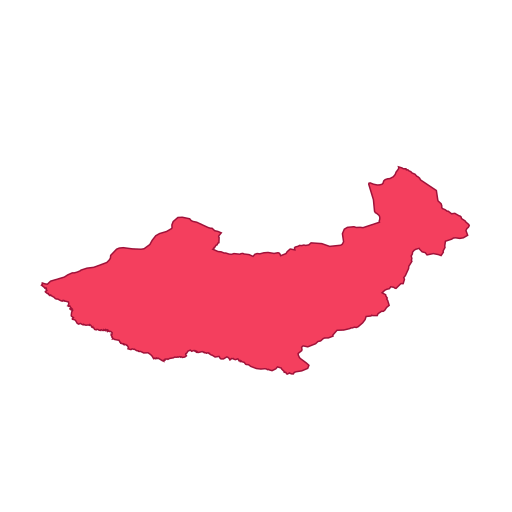 Sekyere East, Ashanti, Ghana (Equal Earth projection), rotated 108°
{"feature_id": "2480657B61321065662810", "entity_name": "Sekyere East", "entity_type": "district", "adm_level": 2, "iso_a3": "GHA", "parent_name": "Ghana", "parent_adm1": "Ashanti", "projection": "equal_earth", "projection_center": [-1.328, 6.78], "detail": "fine", "context": "isolated", "style": "filled", "palette": "rose", "viewbox_px": 512, "rotation_deg": 108, "n_neighbors": 0, "source": "geoboundaries", "source_scale": "gbopen_adm2", "svg_char_len": 6133}
<svg xmlns="http://www.w3.org/2000/svg" viewBox="0 0 512 512"><g transform="rotate(108 256 256)"><path d="M138.0,104.7L132.8,123.0L131.4,124.5L130.5,126.8L130.5,127.8L129.1,130.0L128.8,133.3L127.9,134.9L127.8,136.7L127.1,138.2L127.6,139.6L126.7,140.3L127.5,142.9L127.1,144.4L127.2,148.0L128.1,147.4L129.5,147.5L132.9,148.7L135.4,148.8L138.2,149.9L141.0,152.6L141.9,154.7L143.5,156.8L145.1,157.7L147.7,157.7L148.9,158.4L150.2,160.5L151.0,162.6L151.4,166.5L151.2,170.0L151.9,171.1L153.0,170.9L166.2,161.7L176.8,157.1L177.9,155.9L178.2,154.3L179.4,151.4L180.8,150.3L182.5,149.7L184.7,149.6L185.7,149.0L196.0,163.0L196.5,165.7L197.9,169.5L197.9,171.9L200.5,177.9L203.2,180.3L208.1,180.7L215.4,177.1L218.2,177.6L219.6,178.8L224.1,188.9L223.9,197.3L226.5,207.7L229.1,209.2L230.6,212.0L230.8,213.9L232.0,215.8L232.5,217.9L233.6,218.8L235.4,221.5L236.4,221.9L238.2,220.9L238.7,225.3L239.0,225.8L242.3,227.7L244.4,228.2L248.1,232.6L246.4,234.2L246.0,235.2L246.2,236.3L248.0,239.6L248.9,245.6L250.5,249.5L252.8,253.1L253.3,255.7L254.7,257.6L257.3,258.7L256.8,263.0L257.8,268.1L257.6,269.3L258.4,271.0L259.3,271.9L260.5,277.7L262.0,279.8L262.5,282.1L262.5,285.6L263.0,287.2L262.8,290.5L263.5,293.5L262.9,299.1L261.6,298.3L260.9,298.5L260.4,297.9L258.2,297.4L257.5,296.5L255.5,296.2L254.8,295.4L249.8,296.8L249.4,297.4L248.3,297.6L244.7,296.2L244.4,299.9L244.7,303.1L243.2,306.3L243.7,308.1L243.7,310.4L242.2,322.8L242.6,326.8L242.3,328.7L241.1,330.6L241.9,338.0L243.5,342.2L248.8,345.4L252.4,345.6L255.1,344.6L255.9,344.7L260.3,348.6L264.5,354.7L267.7,357.6L273.2,359.6L277.9,360.5L283.7,364.7L285.1,367.4L287.4,375.7L289.1,384.8L290.7,388.5L292.6,390.7L300.3,394.4L303.1,393.8L305.3,394.4L308.3,395.9L316.9,406.8L319.8,413.0L323.5,418.1L324.4,418.6L326.5,421.0L328.2,423.6L328.8,425.5L332.1,429.2L335.3,431.8L343.4,443.6L347.3,445.7L347.7,448.0L347.7,450.8L348.4,450.5L349.0,450.9L350.0,450.1L350.2,450.5L351.3,447.6L351.3,447.1L351.8,446.9L351.3,445.6L352.1,445.1L352.5,445.3L353.5,444.2L354.8,445.4L355.3,445.1L356.2,442.7L355.9,441.9L356.7,441.3L357.3,439.7L356.5,439.2L357.1,438.1L357.7,435.1L358.5,433.8L358.6,432.6L358.2,431.2L358.8,428.0L358.8,426.3L357.8,425.8L357.7,424.7L358.1,424.7L358.1,424.3L357.8,423.0L357.7,420.2L359.2,419.3L361.0,419.4L361.1,418.5L361.6,419.1L361.7,418.3L361.3,417.2L361.8,417.0L362.9,415.0L363.6,416.6L364.0,416.4L363.8,415.3L364.4,415.0L364.0,414.2L364.2,413.6L366.2,414.0L369.5,413.4L370.2,413.0L371.0,410.6L372.2,411.3L372.9,411.0L372.7,408.9L373.1,407.7L375.3,405.2L375.6,403.6L374.4,402.2L374.9,399.6L374.7,398.6L374.3,398.7L374.4,396.4L373.4,394.2L373.4,393.0L372.6,392.9L373.1,391.4L374.3,390.4L374.4,389.9L373.8,389.4L374.5,389.1L374.5,388.1L375.7,386.8L375.6,385.1L374.9,384.7L374.7,383.0L375.1,382.4L374.8,380.8L374.4,381.0L373.8,380.2L374.2,378.8L373.9,377.9L373.7,377.5L373.2,377.8L373.4,376.5L373.0,376.9L372.3,376.4L372.7,375.2L372.1,374.8L372.1,374.3L373.2,373.9L372.5,373.6L373.1,372.9L372.8,372.4L373.1,371.6L372.6,370.9L373.4,369.1L375.1,368.8L375.2,369.6L376.4,369.1L377.1,368.0L377.6,368.0L377.6,367.6L378.6,366.8L379.2,366.8L378.7,366.1L379.1,364.9L378.5,360.2L380.1,358.6L380.1,358.2L380.8,357.7L380.6,356.9L380.8,356.3L380.3,354.7L380.6,354.0L381.1,354.3L381.2,353.9L380.4,352.4L381.0,351.3L380.8,350.9L382.2,349.2L383.8,349.1L383.7,346.0L382.6,345.1L382.5,343.2L382.2,342.8L382.9,340.4L382.6,338.6L383.0,338.3L382.9,337.5L382.4,336.3L382.9,332.8L381.4,328.8L382.3,325.8L383.3,323.9L385.3,321.6L384.3,320.6L384.8,320.1L384.6,319.3L383.6,318.9L383.9,317.6L383.4,317.2L384.6,312.4L384.3,312.0L384.6,311.1L384.1,311.2L383.4,310.6L383.3,311.1L382.9,310.6L382.2,310.6L381.3,308.2L381.5,307.8L380.2,306.6L378.3,303.0L377.4,302.3L376.7,299.9L376.2,299.4L376.3,298.8L375.3,297.5L375.5,296.5L375.1,296.5L374.9,295.6L375.3,294.8L374.1,292.5L372.4,291.3L371.4,292.5L370.5,292.6L370.1,292.0L367.5,291.3L365.8,289.4L366.5,287.8L365.1,285.9L365.4,284.6L364.9,284.6L365.1,283.9L364.9,283.3L365.0,282.8L365.8,283.1L366.0,282.8L365.5,280.9L363.5,277.6L363.7,276.6L363.4,276.0L363.9,275.7L363.9,274.6L363.5,273.9L363.8,273.1L362.8,271.7L363.1,271.1L363.0,270.2L363.4,270.1L364.0,267.8L363.8,267.2L364.7,263.7L362.9,260.1L364.4,258.4L364.7,257.4L363.9,255.1L361.0,252.6L361.0,251.5L361.9,249.6L362.9,248.9L362.6,248.3L361.1,247.7L361.0,246.8L360.5,246.1L360.9,245.5L361.0,243.6L359.4,241.5L360.9,239.7L360.3,239.1L361.3,238.3L361.1,237.9L360.6,238.3L360.4,237.6L360.9,236.8L360.8,234.3L362.1,232.5L362.2,231.8L361.7,229.5L362.6,226.9L362.9,220.9L362.0,216.4L360.4,212.6L360.2,210.8L360.5,210.3L360.5,209.6L359.9,208.9L360.2,208.2L360.1,205.3L357.2,202.3L354.8,201.3L354.8,197.3L355.6,196.6L357.1,193.6L357.9,193.2L357.4,191.8L358.6,190.5L358.6,189.7L356.8,187.9L357.1,187.3L357.1,185.6L356.6,184.0L355.0,183.7L353.8,182.3L351.1,177.0L346.9,172.1L343.6,171.9L342.2,175.0L339.9,181.9L339.2,183.3L337.1,185.2L335.7,185.8L331.9,183.3L330.9,183.3L328.8,184.4L327.6,183.9L326.9,183.3L326.4,178.7L321.0,172.2L318.2,170.7L316.8,168.3L314.0,166.7L312.8,165.5L311.5,161.8L308.4,158.0L307.5,158.5L301.6,156.0L299.3,149.7L296.0,144.3L295.0,143.4L294.7,142.3L293.2,140.3L293.0,138.5L291.7,137.0L286.6,133.9L282.8,132.6L279.5,132.6L277.5,128.1L276.6,127.7L276.6,126.5L275.2,122.3L273.1,122.1L269.8,119.5L269.3,117.9L267.8,116.8L264.6,115.9L261.8,114.1L257.5,117.1L256.6,118.4L255.4,118.2L254.0,120.1L252.8,120.7L252.0,124.7L248.6,122.8L247.2,121.3L245.9,119.1L243.6,118.3L243.2,115.4L243.7,113.7L243.5,112.8L237.5,109.7L236.8,107.5L232.4,107.6L230.8,108.8L228.6,107.9L220.8,107.0L218.5,107.5L212.9,106.1L212.0,106.9L210.2,107.0L208.0,108.4L205.8,107.9L204.0,108.3L201.7,107.4L200.2,106.1L198.3,103.2L199.1,102.3L200.7,99.3L200.5,96.0L202.1,93.7L198.9,88.1L198.3,83.0L198.4,80.1L194.5,79.0L193.4,79.6L189.5,78.9L188.1,79.6L183.4,80.4L179.5,75.1L177.9,73.8L177.0,71.8L176.3,67.6L174.6,64.4L170.9,61.1L166.9,64.2L164.7,63.9L163.1,62.9L161.2,62.6L160.3,63.4L158.9,66.8L158.0,68.0L156.9,72.1L155.5,73.0L155.0,74.0L155.0,75.4L154.0,80.1L155.4,83.1L154.0,87.0L154.3,88.1L153.5,90.5L153.3,93.1L152.6,94.3L150.9,94.8L149.1,96.1L147.4,99.8L146.8,100.3L138.0,104.7Z" fill="#f43f5e" stroke="#9f1239" stroke-width="1.5"/></g></svg>